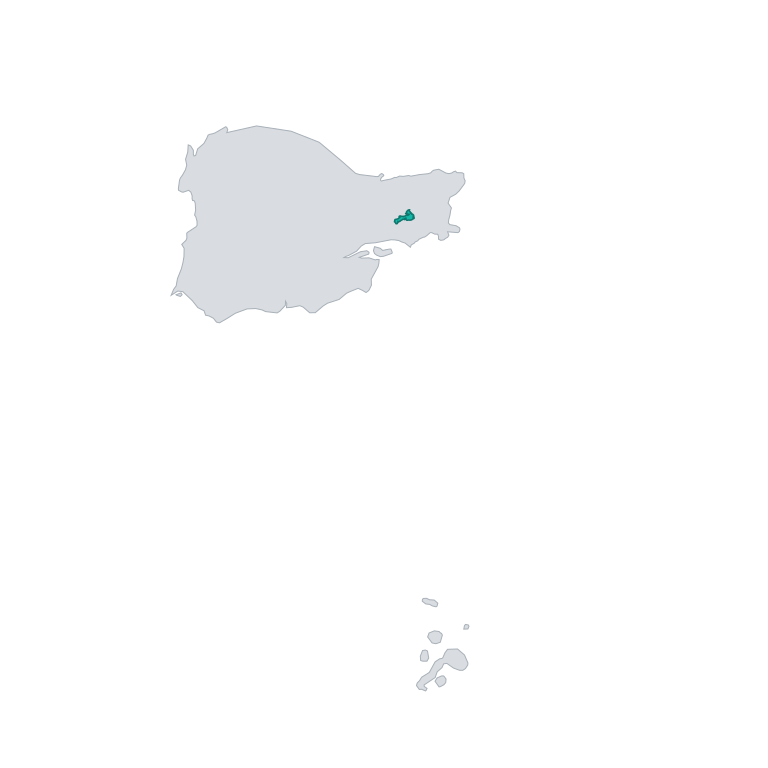 Zaruma, El Oro, Ecuador shown in context, rotated 246°
{"feature_id": "8360857B11168395923367", "entity_name": "Zaruma", "entity_type": "district", "adm_level": 2, "iso_a3": "ECU", "parent_name": "Ecuador", "parent_adm1": "El Oro", "projection": "equal_earth", "projection_center": [-79.513, -3.511], "detail": "fine", "context": "in_parent", "style": "filled", "palette": "teal", "viewbox_px": 768, "rotation_deg": 246, "n_neighbors": 0, "source": "geoboundaries", "source_scale": "gbopen_adm2", "svg_char_len": 7304}
<svg xmlns="http://www.w3.org/2000/svg" viewBox="0 0 768 768"><g transform="rotate(246 384 384)"><path d="M682.1,302.4L680.1,304.2L675.1,304.9L671.2,303.2L669.6,303.2L669.4,304.9L674.6,309.4L677.0,317.3L680.6,322.1L682.9,324.5L683.0,326.2L682.3,329.3L682.1,331.9L683.4,344.0L682.5,344.7L679.8,344.7L677.6,342.6L671.6,372.5L652.7,402.0L631.2,423.1L606.3,435.3L588.0,443.7L585.2,447.0L576.3,461.9L575.9,463.3L577.1,465.9L577.2,467.5L575.8,468.5L574.7,468.7L574.2,467.9L573.8,466.1L572.6,464.2L571.2,463.7L570.4,464.2L570.3,465.8L568.4,473.9L568.4,477.8L567.6,479.3L567.6,482.8L565.8,486.1L564.4,491.4L562.9,493.1L560.9,501.5L558.2,509.8L557.9,512.6L558.8,514.6L559.1,516.3L557.9,521.4L551.5,526.4L549.8,528.8L549.2,531.6L549.6,534.0L549.4,535.9L547.4,536.6L545.2,541.3L543.7,542.4L539.7,540.8L536.7,540.8L534.4,539.3L529.9,531.4L528.2,526.7L527.7,520.2L523.2,516.1L517.4,517.2L515.7,515.7L511.4,512.9L507.7,509.9L504.9,508.3L502.8,509.0L499.3,514.2L496.0,516.5L494.6,516.4L492.6,514.9L492.2,513.1L497.2,504.0L493.5,503.8L492.2,501.9L492.0,499.6L491.4,497.2L492.1,494.3L494.1,492.7L497.0,493.9L499.0,494.0L500.3,491.3L502.9,489.1L503.5,487.8L502.1,483.3L501.7,480.9L502.1,479.6L502.0,474.8L501.1,473.0L501.1,470.3L500.3,468.8L500.0,465.5L498.2,463.7L504.2,460.6L506.4,458.1L509.0,455.9L511.3,452.4L512.9,449.1L516.5,433.7L519.9,424.0L519.3,419.3L516.5,413.0L515.8,403.7L516.1,400.9L515.8,398.8L513.9,402.7L514.4,416.3L512.7,422.5L510.4,423.9L508.9,422.9L509.8,412.9L508.1,414.7L505.4,421.5L500.9,426.5L500.7,428.2L499.6,430.2L496.2,428.3L493.6,426.3L485.0,415.0L479.4,412.7L476.0,408.7L475.3,407.1L474.9,404.8L478.3,402.4L481.9,399.3L482.2,392.3L482.2,386.8L479.5,377.4L480.8,365.2L480.1,360.4L477.1,350.2L479.3,345.1L487.2,341.4L489.8,338.9L491.6,330.8L493.4,325.9L496.9,327.9L499.7,327.7L496.0,325.9L492.9,318.6L492.4,315.3L498.3,305.3L501.3,302.7L505.1,297.5L508.3,289.5L509.1,277.0L507.8,268.0L506.8,258.6L508.7,256.1L513.5,254.9L517.4,251.8L519.4,249.0L524.1,249.4L529.5,245.0L538.1,242.8L550.2,237.8L552.8,233.4L551.6,225.6L556.1,230.4L558.1,234.0L564.3,238.2L571.6,245.7L576.4,249.5L581.6,253.0L589.2,256.6L593.8,256.0L595.8,261.6L597.5,263.3L601.9,265.1L602.4,265.9L604.1,276.3L605.0,277.8L608.8,279.4L613.4,280.1L615.3,279.7L619.4,282.6L625.7,285.0L628.0,285.3L629.0,284.8L629.4,283.8L631.2,284.0L634.0,285.3L637.9,285.6L640.4,284.3L640.9,278.5L641.8,277.2L644.6,275.1L646.1,275.6L653.5,280.2L655.0,281.8L656.9,285.0L660.4,289.7L664.1,292.8L670.0,294.1L675.6,299.0L682.1,302.4ZM98.6,295.9L100.8,299.1L102.1,308.1L109.4,317.7L110.3,323.0L109.7,325.5L110.0,326.4L113.5,330.2L115.8,334.1L112.0,343.4L103.7,347.3L95.0,347.2L93.2,346.2L90.9,342.6L90.4,339.5L91.8,336.5L96.3,331.9L103.2,327.8L104.1,324.7L101.3,321.6L99.4,315.5L95.0,311.3L92.8,298.3L91.4,297.7L88.4,299.5L87.0,297.9L86.7,297.1L89.9,294.1L90.6,292.0L95.3,291.0L97.3,292.7L98.6,295.9ZM132.8,335.1L130.9,335.2L125.2,330.4L125.6,325.8L127.9,322.6L135.2,321.0L138.2,323.9L138.0,329.6L135.5,333.6L133.5,334.4L132.8,335.1ZM505.2,443.3L504.5,445.2L501.0,445.1L500.1,444.4L500.9,435.4L501.8,432.5L504.7,429.7L507.1,428.4L510.1,428.6L513.3,431.2L509.5,435.8L506.6,437.1L505.2,443.3ZM93.0,319.8L89.3,320.7L86.2,319.0L84.9,316.4L84.6,312.4L84.9,311.1L91.7,309.7L93.9,313.0L93.9,317.9L93.0,319.8ZM166.2,342.0L161.9,344.0L159.5,342.1L159.3,340.9L161.7,337.8L164.0,336.2L166.1,332.7L169.9,330.6L171.0,331.1L171.8,331.8L172.0,333.0L170.8,335.8L168.4,337.8L166.2,342.0ZM124.1,313.6L122.4,315.1L115.5,313.4L113.3,310.5L115.1,306.6L116.5,305.0L120.6,306.5L124.8,310.8L124.1,313.6ZM129.6,363.0L128.1,363.1L126.1,361.0L127.6,357.2L130.5,359.2L131.2,360.7L129.6,363.0ZM549.8,235.6L547.7,235.9L546.8,233.6L549.3,230.8L550.1,230.3L549.8,235.6Z" fill="#d9dde1" stroke="#a8b0b8" stroke-width="1"/><path d="M522.7,476.2L522.8,476.3L522.8,476.6L522.9,476.8L523.0,477.0L523.2,477.4L523.2,477.7L523.1,477.8L522.9,478.0L522.9,478.3L523.0,478.5L523.1,478.8L523.3,479.1L523.5,479.2L523.8,479.1L524.0,479.0L524.1,478.9L524.1,479.0L524.1,478.9L524.4,478.9L524.5,478.9L524.7,479.0L524.8,479.1L524.7,479.1L524.8,479.2L525.1,479.2L524.9,479.1L525.0,478.9L525.3,478.9L525.3,479.0L525.4,479.3L525.5,479.4L525.5,479.5L525.7,479.4L525.8,479.4L526.0,479.3L526.0,479.2L526.0,479.3L526.1,479.6L526.1,479.8L526.1,479.7L526.4,479.7L526.5,479.6L526.7,479.4L526.8,479.4L527.1,479.4L527.2,479.2L527.3,479.2L527.5,479.0L527.6,478.9L528.0,478.7L528.1,478.8L528.3,478.7L528.5,478.7L528.8,478.6L529.0,478.5L528.9,478.4L529.0,478.4L529.3,478.2L529.3,478.3L529.3,478.2L529.4,478.3L529.5,478.3L529.6,478.1L529.8,478.0L530.0,478.1L530.4,478.0L530.5,477.9L530.8,477.9L531.0,477.9L531.3,477.8L531.4,477.6L531.7,477.4L531.8,477.4L532.1,477.7L532.4,477.7L532.5,477.8L532.8,478.1L533.0,477.6L533.0,477.3L533.0,477.2L533.0,476.5L532.9,476.3L532.9,476.1L532.8,475.8L532.7,475.7L532.4,475.3L532.3,475.2L532.2,475.0L532.2,474.8L532.2,474.7L531.9,474.6L531.7,474.6L531.4,474.5L531.2,474.2L531.1,473.7L531.1,473.4L531.1,473.2L530.9,473.1L530.6,473.5L530.4,473.7L530.2,473.9L530.1,474.0L530.1,474.4L530.0,474.5L529.9,474.6L529.7,474.7L529.6,474.9L529.4,475.0L529.2,475.3L529.0,475.6L528.9,475.9L528.7,476.0L528.6,475.9L528.6,475.7L528.6,475.4L528.5,475.1L528.3,474.7L528.4,474.3L528.4,474.2L528.5,474.1L528.6,473.9L528.7,473.7L528.8,473.7L528.9,473.4L529.0,473.3L529.0,473.2L529.0,472.8L529.1,472.5L529.0,472.4L528.9,472.3L528.9,472.2L529.0,471.9L528.9,471.7L528.9,471.4L528.9,471.2L529.0,470.9L529.1,470.7L529.2,470.4L529.0,470.2L528.9,470.0L528.9,469.9L529.0,469.8L529.2,469.5L529.4,469.4L529.6,469.2L529.8,468.8L530.0,468.4L530.2,468.2L530.3,468.0L530.4,467.7L530.8,467.4L531.0,467.1L530.9,466.8L531.0,466.7L531.1,466.4L530.9,466.2L530.7,465.8L530.5,465.7L530.3,465.8L530.1,465.8L530.1,465.7L529.9,465.7L529.8,465.8L529.7,465.9L529.6,465.4L529.4,464.9L529.4,464.6L529.2,464.3L529.2,464.2L529.3,463.7L529.3,463.4L529.4,463.1L529.4,462.6L529.4,462.4L529.5,462.1L529.6,461.9L529.7,461.7L529.6,461.4L529.6,461.1L529.7,460.9L529.3,460.6L529.1,460.3L529.0,460.2L528.9,460.2L528.7,460.2L528.3,460.1L528.2,460.1L528.0,459.9L527.8,459.9L527.7,459.8L527.7,459.7L527.5,459.8L527.4,459.8L527.0,460.0L526.9,460.0L526.4,460.1L526.2,460.1L525.9,460.1L525.7,460.1L525.5,460.3L525.5,460.5L525.3,460.6L525.2,461.1L525.2,461.4L525.4,461.5L525.5,461.8L525.8,462.0L525.9,462.3L526.0,462.3L526.3,462.4L526.5,462.6L526.4,462.6L526.4,462.8L526.3,463.2L526.4,463.3L526.3,463.5L526.2,463.5L526.3,463.9L526.2,464.0L526.3,464.2L526.2,464.4L526.2,464.5L526.3,464.7L526.3,464.8L526.2,464.9L526.3,465.1L526.3,465.4L526.4,465.5L526.5,465.8L526.6,466.1L526.5,466.4L526.5,466.6L526.5,466.9L526.5,467.0L526.7,467.4L526.8,467.6L526.9,467.8L526.8,468.0L526.7,468.1L526.8,468.2L526.7,468.4L526.6,468.8L526.6,469.0L526.5,469.3L526.6,469.6L526.5,469.8L526.3,469.8L526.5,470.1L526.7,470.3L526.6,470.5L526.8,470.7L526.8,470.8L526.8,471.0L526.7,471.4L526.7,471.5L526.4,471.5L526.3,471.4L526.2,471.3L525.9,471.3L525.8,471.2L525.8,471.3L525.8,471.2L525.7,471.2L525.4,471.1L525.2,471.1L524.8,471.2L524.6,471.2L524.5,471.4L524.4,471.5L524.2,471.6L524.1,471.9L524.1,472.0L524.0,472.3L523.9,472.4L523.9,472.5L523.9,472.9L523.9,473.0L523.7,473.3L523.6,473.5L523.4,473.8L523.3,474.0L523.1,474.3L523.1,474.6L523.0,474.8L522.9,474.9L522.8,475.1L522.8,475.3L522.8,475.6L522.7,475.8L522.7,476.2Z" fill="#14b8a6" stroke="#0f766e" stroke-width="1.5"/></g></svg>